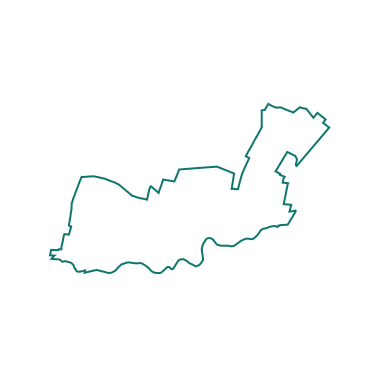 Cordun, Neamt, Romania (Natural Earth projection), rotated 310°
{"feature_id": "2599482B24546192512352", "entity_name": "Cordun", "entity_type": "district", "adm_level": 2, "iso_a3": "ROU", "parent_name": "Romania", "parent_adm1": "Neamt", "projection": "natural_earth1", "projection_center": [26.864, 46.98], "detail": "fine", "context": "isolated", "style": "outline", "palette": "teal", "viewbox_px": 384, "rotation_deg": 310, "n_neighbors": 0, "source": "geoboundaries", "source_scale": "gbopen_adm2", "svg_char_len": 5885}
<svg xmlns="http://www.w3.org/2000/svg" viewBox="0 0 384 384"><g transform="rotate(310 192 192)"><path d="M333.4,244.4L333.2,237.2L326.9,237.3L327.3,235.4L329.2,226.1L327.2,222.7L326.2,220.1L320.3,219.0L317.9,218.5L317.8,217.9L317.3,216.1L316.4,213.7L315.0,209.5L314.7,208.5L314.2,206.4L313.3,204.8L312.8,204.4L312.4,204.1L312.1,203.9L311.9,203.6L311.6,203.2L311.4,202.8L311.0,202.4L310.6,201.9L310.4,201.6L310.2,200.9L310.1,200.2L309.8,199.5L309.5,198.6L309.3,197.8L309.2,197.2L309.0,196.4L308.8,195.3L308.7,193.8L307.0,194.1L304.4,194.5L301.7,195.0L299.3,192.9L298.5,193.6L296.4,195.4L287.4,203.0L286.8,203.6L286.5,203.8L286.4,203.7L286.3,203.8L286.1,203.8L285.5,204.0L283.5,204.5L277.9,205.6L274.8,206.1L271.4,206.7L268.6,207.3L265.7,208.0L265.0,208.1L264.4,208.2L263.9,208.3L262.9,208.4L261.1,208.8L259.1,209.1L257.9,209.4L255.9,209.8L255.2,209.9L254.9,210.0L254.7,210.1L254.4,210.1L254.0,210.2L254.4,211.9L254.9,213.9L254.8,214.0L251.4,214.9L249.6,215.4L244.8,216.7L244.5,216.8L243.5,217.1L241.5,217.7L240.5,218.0L239.8,218.2L238.5,218.5L237.9,218.7L237.4,219.0L235.2,220.0L233.6,220.8L232.7,221.1L230.2,222.3L227.8,223.4L225.6,224.5L224.2,225.3L223.7,225.4L223.4,225.3L221.8,223.0L221.9,222.9L221.8,222.7L220.9,221.3L220.3,220.9L220.1,220.6L219.9,220.4L221.2,219.6L224.0,217.9L226.0,216.7L228.9,215.0L232.7,212.6L233.2,212.4L232.7,210.7L231.9,208.4L231.4,206.8L230.6,204.4L230.1,202.9L229.1,199.7L228.7,198.7L228.2,197.2L227.9,196.0L227.5,195.1L227.2,194.7L226.9,194.1L226.3,193.6L226.0,193.4L225.5,192.8L224.9,192.3L224.9,192.1L223.6,190.8L220.2,187.3L214.6,181.6L214.2,181.1L213.9,180.8L213.7,180.5L212.4,179.3L207.7,174.6L206.6,173.4L204.2,171.0L202.8,169.6L201.1,167.7L196.4,169.3L194.4,169.9L194.3,170.1L193.9,170.1L191.4,170.9L188.7,171.7L187.9,170.3L186.9,168.5L184.3,164.2L183.0,161.9L180.8,162.8L179.9,163.1L178.9,163.6L178.0,163.9L176.6,164.5L175.6,164.8L174.0,165.4L171.9,166.1L170.6,166.6L170.1,167.1L169.8,167.1L169.9,164.8L170.0,158.6L170.1,156.1L170.0,156.3L169.5,156.6L168.8,156.8L168.4,157.0L167.7,157.2L166.8,157.6L166.2,157.7L165.9,157.9L165.5,158.0L164.7,158.6L164.4,158.8L163.7,159.1L162.7,159.6L161.4,160.2L160.5,160.7L159.3,161.3L158.6,161.8L157.9,162.1L157.6,162.3L157.3,162.5L156.5,160.9L154.9,157.9L154.6,157.4L154.2,156.6L153.8,156.1L153.3,154.8L152.7,153.7L151.9,151.5L151.1,149.5L150.6,148.5L150.7,148.4L150.7,147.1L150.7,143.2L150.7,142.7L150.7,139.9L150.7,139.4L150.7,138.1L150.7,135.8L150.7,133.9L150.7,132.8L150.7,132.7L150.7,131.9L150.7,131.4L150.7,131.2L150.5,130.5L150.4,130.0L150.2,129.4L150.1,128.7L149.9,127.9L149.6,126.9L149.4,126.3L149.0,125.0L148.8,124.6L148.4,123.4L148.2,122.9L148.0,122.3L147.8,121.9L147.8,121.7L147.6,121.0L147.5,120.8L147.4,120.4L146.9,118.9L146.6,117.9L146.4,117.4L146.2,116.8L145.7,115.8L145.2,114.9L144.2,113.0L143.6,111.8L142.5,109.6L141.7,108.2L141.2,107.2L140.9,106.7L140.5,106.2L140.0,105.6L139.1,104.7L138.6,104.2L138.3,103.9L138.0,103.6L137.6,103.1L136.8,102.2L136.3,101.8L135.9,101.4L135.2,100.7L134.5,99.9L133.9,99.3L133.1,98.5L132.9,98.1L132.7,97.7L127.8,99.2L122.7,101.1L121.4,101.4L120.4,101.8L118.5,102.6L117.2,103.0L115.9,103.4L114.6,103.9L112.5,104.6L111.1,105.1L109.7,105.6L107.3,106.7L106.7,106.9L106.2,107.0L105.7,107.5L104.9,108.0L102.5,109.8L101.9,110.3L101.2,110.9L100.8,111.1L100.6,111.1L99.8,111.6L99.4,111.9L99.0,112.2L98.6,112.4L98.2,112.7L97.7,112.9L97.1,113.3L96.6,113.6L95.8,114.1L95.5,114.3L95.2,114.5L94.6,114.9L94.3,115.0L93.5,115.5L93.1,115.7L91.8,116.5L91.1,117.0L90.4,117.3L89.3,118.0L88.9,118.2L87.9,118.8L87.3,119.1L87.2,119.3L87.2,119.5L87.2,120.0L87.2,120.4L87.3,120.6L87.5,120.8L87.7,121.1L87.8,121.3L88.0,121.5L87.9,121.7L85.9,122.6L85.1,122.9L82.9,123.9L82.7,124.0L81.5,124.5L80.2,125.1L77.8,121.4L77.7,121.5L77.4,121.6L76.9,121.7L76.4,121.8L76.1,121.8L75.9,121.9L75.3,122.3L74.7,122.6L72.2,124.1L68.8,125.9L65.7,127.5L64.9,128.2L64.3,128.6L64.1,128.8L63.3,127.8L62.9,127.1L62.6,126.8L61.5,126.9L61.4,126.8L59.8,124.8L57.2,121.3L55.9,122.0L55.7,122.0L52.2,123.9L54.8,127.4L54.3,127.3L53.2,127.3L52.4,127.3L50.6,127.4L51.0,127.8L52.8,130.8L53.7,131.8L54.8,133.3L55.3,135.1L55.3,136.4L55.1,137.2L55.3,137.7L56.9,138.8L57.9,140.0L59.1,142.7L60.1,145.1L59.9,148.0L59.6,148.6L58.6,150.1L57.7,153.1L57.2,154.4L57.4,155.4L57.9,156.3L59.1,157.4L60.6,158.7L62.1,159.9L63.2,160.5L61.1,161.6L67.8,166.6L71.1,169.2L73.1,173.5L74.1,175.3L76.2,180.0L78.5,182.3L80.3,183.0L82.1,183.8L86.1,183.9L88.7,184.1L91.6,184.7L93.9,186.2L95.7,187.2L97.3,188.6L98.5,190.5L100.0,193.0L102.2,196.0L103.9,197.6L105.1,199.4L105.7,203.6L105.9,208.2L105.3,211.6L105.5,212.9L105.9,214.8L107.3,217.1L108.6,218.8L110.1,220.1L111.5,220.4L117.7,221.3L118.2,221.2L119.5,222.1L119.9,223.7L119.7,225.4L120.3,226.7L122.1,226.8L124.7,226.4L127.7,226.0L130.2,225.7L132.1,226.0L133.4,226.9L135.1,228.7L135.9,232.9L135.7,235.6L136.9,239.6L137.3,242.5L139.1,243.7L140.7,244.5L143.5,244.6L147.4,244.0L149.2,242.0L154.2,236.4L157.4,234.7L159.9,233.8L164.9,233.2L166.3,233.5L167.2,234.2L168.5,235.8L169.1,238.1L168.6,240.8L167.8,244.2L167.7,244.8L169.2,248.3L172.4,252.3L173.9,253.9L174.6,255.2L175.9,257.4L177.9,258.9L181.0,259.7L186.0,260.9L188.7,262.1L191.4,263.7L193.1,266.2L193.9,267.7L195.0,268.7L197.7,269.5L201.0,269.8L204.4,269.6L207.2,269.2L209.7,270.3L211.4,271.7L212.7,272.6L213.2,272.8L214.2,273.3L214.8,273.6L216.8,275.1L217.8,275.9L218.4,276.5L219.1,277.3L219.5,278.0L219.8,278.8L220.0,279.5L220.1,279.9L221.2,279.9L221.8,279.8L222.4,280.7L222.8,280.6L223.3,280.9L224.8,282.4L226.0,283.7L227.5,285.2L228.5,286.3L237.1,285.0L244.7,283.7L244.9,283.8L239.6,279.3L246.0,276.2L241.6,270.1L259.5,260.3L260.5,260.0L257.4,255.4L257.5,255.3L260.7,253.6L260.9,253.6L263.2,253.2L261.6,248.0L262.6,247.6L261.5,242.8L267.7,241.8L283.9,239.2L286.0,248.0L284.5,251.5L280.3,253.6L279.1,254.9L279.1,255.4L307.7,255.6L329.6,255.7L329.2,247.9L333.4,247.8L333.4,244.4Z" fill="none" stroke="#0f766e" stroke-width="2"/></g></svg>